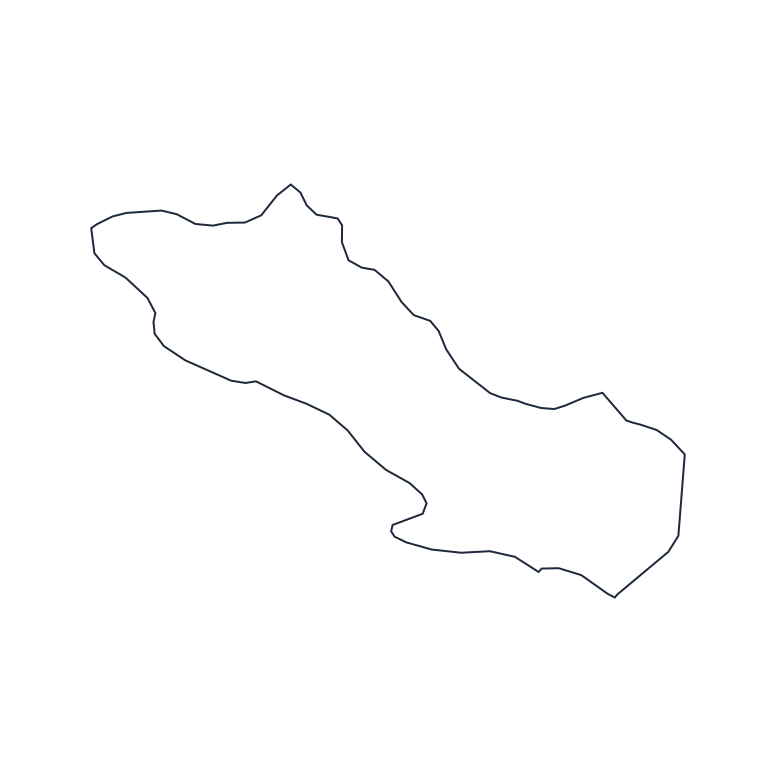 SVG path tracing the border of Namentenga, rotated 305°
{"feature_id": "BFA-2824", "entity_name": "Namentenga", "entity_type": "Province", "adm_level": 1, "iso_a3": "BFA", "parent_name": "Burkina Faso", "parent_adm1": "", "projection": "natural_earth1", "projection_center": [-0.489, 13.195], "detail": "fine", "context": "isolated", "style": "outline", "palette": "slate", "viewbox_px": 768, "rotation_deg": 305, "n_neighbors": 0, "source": "natural_earth", "source_scale": "10m", "svg_char_len": 1180}
<svg xmlns="http://www.w3.org/2000/svg" viewBox="0 0 768 768"><g transform="rotate(305 384 384)"><path d="M341.5,695.5L340.4,687.6L340.6,655.2L333.3,632.7L323.3,619.1L318.7,618.4L317.5,590.3L307.7,566.5L290.1,544.1L275.7,517.9L267.1,493.3L265.0,480.3L267.4,474.4L273.5,471.9L299.9,490.1L310.7,487.3L315.4,478.6L317.5,461.9L314.8,434.9L317.3,406.9L325.1,380.9L327.5,356.9L323.4,332.0L317.4,308.9L312.7,277.5L305.4,270.0L299.0,256.8L289.4,207.7L288.8,181.9L293.6,167.3L302.6,159.6L311.0,156.0L318.8,140.9L322.9,111.1L320.9,86.8L325.0,71.8L343.7,54.8L350.5,57.3L365.5,65.5L376.4,74.9L398.5,102.3L404.2,116.9L406.9,137.7L415.6,153.0L426.0,163.0L436.5,177.5L451.8,186.7L477.2,188.2L493.9,193.2L492.9,205.8L486.0,218.2L484.0,231.6L491.4,247.5L493.0,251.2L489.9,258.7L476.0,268.2L465.0,284.0L466.6,299.1L472.1,310.8L470.5,328.9L461.2,351.4L457.5,368.9L462.2,385.7L458.8,398.3L448.0,415.2L439.5,436.7L437.4,476.2L440.3,488.1L446.8,502.9L448.8,510.8L454.3,526.1L461.1,537.8L469.8,544.5L487.0,555.3L502.1,568.0L493.1,603.5L495.0,609.9L497.8,617.3L502.7,633.7L503.0,651.0L498.8,670.8L428.5,712.2L409.7,713.2L345.7,695.9L341.5,695.5Z" fill="none" stroke="#1e293b" stroke-width="2"/></g></svg>